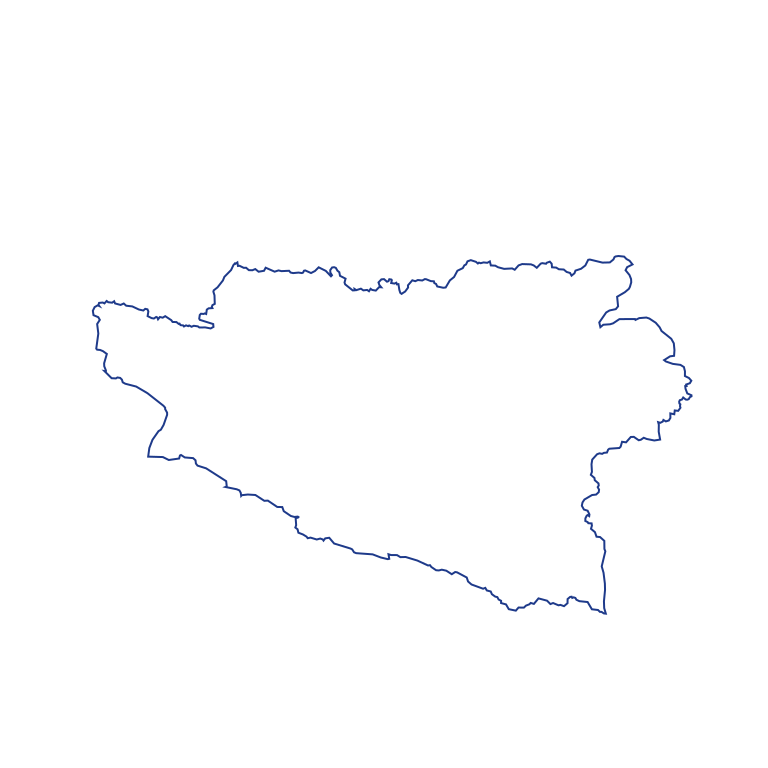 Moramanga, Alaotra-Mangoro, Madagascar, rotated 285°
{"feature_id": "10022922B82658288648411", "entity_name": "Moramanga", "entity_type": "district", "adm_level": 2, "iso_a3": "MDG", "parent_name": "Madagascar", "parent_adm1": "Alaotra-Mangoro", "projection": "albers", "projection_center": [48.208, -18.729], "detail": "fine", "context": "isolated", "style": "outline", "palette": "blue", "viewbox_px": 768, "rotation_deg": 285, "n_neighbors": 0, "source": "geoboundaries", "source_scale": "gbopen_adm2", "svg_char_len": 6137}
<svg xmlns="http://www.w3.org/2000/svg" viewBox="0 0 768 768"><g transform="rotate(285 384 384)"><path d="M216.9,597.6L214.5,601.7L216.2,604.0L215.4,609.8L216.3,611.6L216.0,615.4L219.8,618.0L223.8,617.0L226.5,618.9L227.1,620.3L226.1,621.2L227.0,622.4L226.9,624.2L225.4,625.7L224.8,628.9L226.1,637.1L220.2,643.1L221.1,649.2L219.8,651.5L220.2,653.1L219.3,655.7L219.6,657.7L224.5,654.7L231.0,652.7L242.3,650.8L248.4,649.0L258.5,644.9L264.2,641.5L279.7,641.1L281.7,639.6L289.5,637.4L292.1,632.3L291.5,628.8L295.5,626.1L297.7,621.4L301.0,621.5L303.1,620.6L302.4,617.4L303.3,616.5L303.8,613.9L306.4,613.3L309.3,613.9L310.1,614.6L309.5,616.4L311.2,616.2L314.3,613.5L314.5,609.6L317.6,606.6L321.0,606.4L324.3,607.5L330.6,613.7L332.1,617.5L335.1,619.4L337.6,619.1L339.7,617.1L341.5,617.7L343.5,616.9L345.6,612.5L347.7,611.6L349.8,607.3L352.9,607.6L360.2,605.2L364.9,604.7L371.3,608.0L372.8,610.1L373.0,612.8L374.4,614.2L375.5,617.1L378.6,617.5L379.8,618.4L383.1,627.9L384.7,628.8L389.8,628.9L390.3,632.9L396.7,636.1L397.6,639.0L395.6,644.6L396.6,646.5L399.3,648.8L398.9,652.0L399.4,659.7L401.8,665.1L409.0,661.7L415.8,660.0L418.1,658.7L418.0,660.9L419.9,663.0L421.6,663.2L420.8,665.9L422.5,668.6L425.4,669.4L429.7,668.2L429.9,672.2L433.7,671.7L434.2,675.1L437.8,676.5L439.3,675.6L441.1,675.5L441.6,674.4L443.3,673.7L444.9,673.9L446.1,675.8L448.4,676.5L447.1,679.5L447.3,680.9L448.2,682.2L450.5,682.9L451.7,684.2L452.7,683.9L453.4,679.4L457.4,676.5L459.9,675.5L460.4,676.8L461.7,676.0L463.9,679.2L466.7,680.0L468.7,677.0L469.6,672.6L474.2,671.4L478.0,669.3L479.2,665.4L478.2,657.8L478.7,650.5L479.6,648.4L484.8,653.2L486.3,656.9L491.9,655.8L498.3,653.4L502.0,649.8L507.0,638.4L510.1,635.6L513.5,630.6L515.9,623.4L516.1,620.2L513.7,613.5L511.0,610.3L511.7,609.7L507.6,594.6L501.9,589.6L500.2,586.9L498.0,580.5L494.9,578.3L499.2,576.0L510.6,580.1L513.4,582.8L516.3,588.5L519.6,590.0L528.6,586.6L535.0,592.9L539.3,595.9L541.5,596.4L546.2,596.5L549.3,595.5L552.8,592.9L556.4,587.9L559.8,588.6L563.8,593.1L566.6,589.3L567.5,585.8L569.2,583.0L568.3,577.3L567.1,574.6L566.2,573.8L563.7,573.4L559.9,570.7L557.8,563.6L557.5,550.6L556.8,549.1L550.6,547.8L546.3,544.5L543.1,539.6L540.2,539.3L537.2,537.1L539.4,535.0L539.5,531.4L541.1,528.0L540.1,523.2L541.0,520.2L540.2,516.1L543.6,514.8L545.1,512.5L543.2,509.8L542.1,509.4L541.7,505.6L540.8,504.2L535.8,501.5L537.3,497.9L537.6,495.0L535.6,486.4L533.4,483.3L528.2,480.7L528.8,477.9L526.3,470.2L526.3,463.9L527.1,460.9L526.2,456.5L529.8,454.5L527.8,452.4L527.2,448.7L525.7,446.1L525.8,444.3L524.7,443.5L525.8,441.2L526.1,435.8L524.1,432.9L520.7,432.3L519.4,430.9L516.3,430.1L512.4,425.6L505.5,424.0L501.1,420.8L493.2,418.6L492.3,416.3L492.0,410.2L494.1,408.4L494.5,406.5L496.1,405.6L495.5,402.6L496.1,397.6L495.9,396.3L493.9,394.2L493.2,389.8L491.4,387.6L491.5,384.5L485.5,381.6L483.4,382.3L478.8,380.5L475.6,377.6L476.3,376.1L478.8,374.5L484.2,372.1L483.6,370.7L485.0,369.7L483.7,368.1L483.4,364.8L486.3,364.7L486.8,364.1L486.6,362.0L484.5,361.7L483.6,360.4L485.3,356.9L484.4,354.4L480.7,352.4L478.4,353.9L476.7,356.3L476.3,354.2L472.1,351.9L471.8,348.2L472.5,346.4L469.7,345.5L470.5,343.4L469.1,339.8L470.1,337.0L467.5,333.0L468.2,330.9L466.9,331.4L466.3,329.6L470.2,320.7L471.8,319.6L475.8,319.6L477.1,313.5L480.4,311.9L481.4,309.7L483.7,307.4L483.9,305.6L483.1,303.7L480.1,302.6L477.8,303.3L475.6,305.6L474.3,304.9L478.2,298.5L479.8,290.7L475.3,288.1L472.3,284.8L473.3,278.5L472.7,277.4L470.7,277.0L469.9,276.0L469.5,272.6L467.6,267.5L467.5,264.9L468.8,263.0L466.5,255.8L466.4,252.7L464.2,249.3L465.7,239.6L462.3,238.8L460.0,233.8L461.7,229.9L459.8,227.4L459.0,224.0L460.6,220.7L459.9,218.5L460.8,213.8L460.2,212.4L463.5,210.9L461.6,209.3L461.9,208.8L460.0,207.8L454.5,206.8L446.2,202.1L442.3,201.6L434.3,198.2L430.4,195.3L429.0,195.3L425.8,197.3L417.6,199.8L415.8,197.9L414.0,197.7L412.9,198.6L411.7,195.0L410.0,193.6L405.6,194.1L405.8,192.6L405.0,191.7L404.5,189.0L403.0,188.2L399.3,188.6L398.3,189.5L397.7,203.5L395.0,204.5L392.8,202.2L392.4,196.7L390.8,191.0L391.5,189.3L391.0,185.2L389.5,183.3L390.1,180.6L389.2,179.9L389.4,177.6L387.8,175.9L388.6,174.9L388.2,172.2L389.4,170.9L388.9,170.1L390.1,167.5L389.2,163.7L390.6,162.0L392.9,155.1L390.8,153.1L390.7,150.2L388.0,149.0L389.6,147.8L389.8,146.6L387.7,144.8L387.5,142.5L388.4,138.1L393.1,137.6L394.9,136.2L394.8,133.9L392.7,132.5L392.5,128.0L393.8,120.8L392.9,114.7L394.4,111.8L392.2,109.1L392.2,103.4L394.1,101.9L392.2,100.4L391.6,96.4L392.4,94.6L389.5,93.1L389.9,91.3L388.6,87.8L386.5,87.7L385.6,88.8L385.9,87.1L383.4,84.6L379.4,83.8L375.3,85.6L374.6,90.7L372.4,92.9L367.7,91.4L358.8,95.0L343.7,96.9L342.9,98.0L343.4,100.9L343.0,104.0L341.3,108.5L331.6,108.3L328.7,109.2L325.1,111.9L324.2,112.1L324.1,110.7L319.1,119.4L320.0,123.6L321.3,124.8L321.6,127.6L320.4,129.7L318.0,131.2L317.3,134.0L317.4,145.3L313.9,157.9L305.9,176.6L304.5,178.7L303.1,179.1L300.2,181.9L298.1,182.5L287.4,181.7L282.1,180.3L280.1,178.4L270.2,174.8L261.4,173.9L252.8,175.0L256.2,189.3L254.9,195.8L259.0,205.4L262.1,205.4L262.9,206.3L261.5,210.6L263.0,218.8L261.5,221.7L258.5,222.9L256.9,225.0L256.5,234.0L249.3,256.7L244.4,258.6L243.5,257.5L244.2,269.0L243.8,271.9L241.8,273.8L239.0,275.0L239.8,275.4L242.0,281.1L243.5,288.5L240.2,298.6L241.3,302.0L237.6,312.7L238.8,317.6L235.2,320.1L232.4,328.2L232.4,331.9L233.6,335.0L233.3,335.8L232.7,335.5L231.5,333.4L224.9,335.7L222.4,335.5L221.3,338.1L218.2,339.8L217.7,344.6L216.5,348.7L215.3,350.2L216.6,352.8L216.4,359.3L218.2,362.4L218.0,365.1L217.1,366.1L219.7,367.2L221.3,370.9L217.0,377.1L216.4,394.3L216.0,396.1L213.7,398.6L213.4,400.9L216.5,417.1L215.6,425.8L215.8,433.0L216.5,434.3L220.7,432.4L220.6,435.0L222.1,440.9L221.0,444.6L222.5,449.7L222.1,461.9L220.1,473.5L220.9,475.3L219.5,477.1L217.6,482.5L218.1,485.2L219.6,487.9L219.8,492.5L217.8,498.7L220.8,501.4L221.0,503.3L218.5,514.0L215.0,516.3L213.0,520.4L211.9,532.7L213.3,534.6L211.2,536.7L211.2,540.8L208.9,542.6L207.4,546.5L207.5,548.6L205.5,550.5L204.9,553.2L202.7,553.8L202.7,558.9L198.8,562.8L199.2,570.0L202.9,571.8L204.2,577.0L206.7,578.5L208.8,581.4L210.5,582.4L210.4,585.7L216.9,588.7L216.9,597.6Z" fill="none" stroke="#1e3a8a" stroke-width="2"/></g></svg>